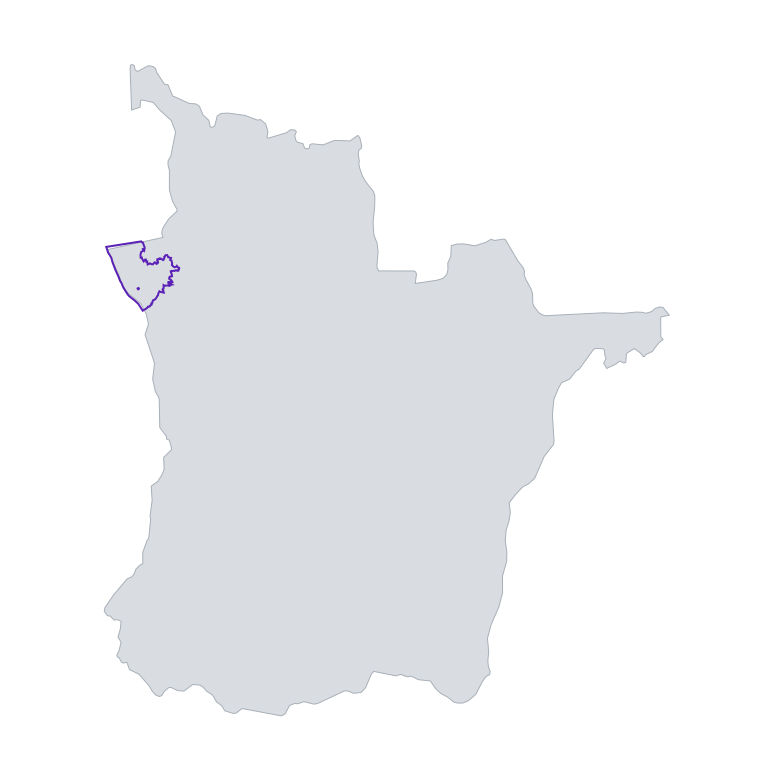 location of Moba, Katanga, Democratic Republic of the Congo, rotated 178°
{"feature_id": "63176286B25314267977171", "entity_name": "Moba", "entity_type": "district", "adm_level": 2, "iso_a3": "COD", "parent_name": "Democratic Republic of the Congo", "parent_adm1": "Katanga", "projection": "natural_earth1", "projection_center": [29.107, -7.404], "detail": "medium", "context": "in_parent", "style": "outline", "palette": "violet", "viewbox_px": 768, "rotation_deg": 178, "n_neighbors": 0, "source": "geoboundaries", "source_scale": "gbopen_adm2", "svg_char_len": 5559}
<svg xmlns="http://www.w3.org/2000/svg" viewBox="0 0 768 768"><g transform="rotate(178 384 384)"><path d="M655.6,528.0L599.8,538.2L600.8,541.8L600.3,545.7L598.9,548.7L593.2,556.7L584.8,564.0L584.8,565.8L589.0,574.0L591.7,585.3L591.0,605.1L592.2,610.4L592.0,614.6L589.1,619.2L583.5,643.1L587.3,654.6L598.3,665.4L604.8,673.4L615.7,676.3L617.4,675.8L618.1,669.2L626.7,666.6L626.7,709.1L626.1,711.5L624.5,712.1L622.4,710.7L621.7,706.6L619.4,704.9L608.9,710.1L606.2,710.0L603.3,709.1L601.1,706.9L600.5,703.7L593.0,691.3L589.4,690.5L585.2,679.3L568.6,671.1L562.2,670.5L558.8,668.0L555.5,659.2L549.9,653.6L548.7,647.3L547.6,646.4L544.2,647.7L541.3,657.6L537.5,660.0L530.7,660.2L513.6,657.3L501.3,652.2L498.1,652.5L493.2,648.0L491.2,640.3L492.3,634.5L491.4,633.6L472.8,638.5L468.3,641.5L464.0,640.8L462.8,639.2L464.6,635.1L463.6,630.7L462.3,628.7L456.7,627.1L455.0,622.4L451.6,621.7L450.5,622.4L449.7,625.6L447.6,626.6L436.5,625.1L424.9,629.2L409.4,628.1L402.1,633.1L401.0,633.0L399.4,630.4L397.9,622.4L398.6,620.2L400.9,618.6L401.7,615.4L400.9,607.0L401.5,605.1L400.7,600.2L398.3,592.6L395.0,586.4L388.0,577.0L386.6,572.6L387.1,562.1L389.3,545.5L388.9,533.1L386.0,525.1L385.3,516.5L387.1,501.0L385.3,497.2L349.9,495.9L348.4,494.8L347.7,492.6L349.3,483.4L327.8,485.8L321.3,487.5L317.4,491.3L316.1,496.0L316.0,502.7L312.8,509.1L311.9,520.0L305.9,521.3L300.0,521.3L288.4,519.0L277.3,522.0L271.8,525.0L268.9,523.6L258.9,524.7L257.6,523.9L245.9,502.4L240.7,495.2L239.7,491.7L240.1,488.4L238.7,483.9L233.3,472.9L232.3,467.8L232.5,459.7L231.8,457.0L227.0,450.1L223.8,447.8L220.2,446.6L162.4,447.5L143.3,446.2L129.4,447.1L122.3,446.5L120.3,445.5L114.0,447.0L110.7,449.9L105.7,451.4L102.5,450.8L96.5,442.8L104.7,441.4L105.2,440.6L105.7,421.5L103.5,418.8L107.9,415.6L114.8,407.1L121.7,404.1L122.6,402.4L124.1,402.5L126.6,406.0L132.5,410.6L139.9,406.6L140.7,405.4L141.6,397.2L143.4,396.5L146.6,398.3L148.3,398.3L151.5,395.9L160.9,391.8L163.7,397.1L161.2,401.8L162.3,405.2L162.6,410.4L164.1,411.6L171.6,412.2L173.7,410.9L188.3,392.1L192.2,389.9L198.3,382.4L206.5,379.1L210.1,373.2L214.8,362.6L216.8,347.5L216.0,321.2L216.7,317.7L226.5,305.9L236.7,284.4L243.6,278.8L248.8,276.5L256.7,268.6L263.1,260.8L262.2,251.3L263.7,243.4L267.1,233.4L268.3,222.8L267.1,211.6L267.6,202.5L272.3,187.9L272.8,171.2L277.0,157.2L285.5,139.4L289.5,126.1L288.7,113.0L289.9,103.4L289.5,97.7L287.9,92.8L288.7,89.7L291.9,88.4L295.9,83.5L303.1,70.6L310.9,64.4L316.2,62.4L321.8,62.6L325.4,63.7L331.3,68.8L338.1,72.8L343.1,77.8L348.0,85.6L360.0,87.3L365.1,90.2L368.3,91.2L369.5,90.5L371.9,90.9L377.6,93.2L382.1,91.9L404.3,97.1L406.8,94.5L413.0,81.1L417.7,76.5L425.3,76.0L431.2,78.6L434.3,78.6L461.6,67.0L465.1,66.5L475.0,69.3L481.5,67.4L484.1,68.0L489.6,66.0L494.2,57.9L498.0,55.9L537.1,64.6L543.1,60.4L545.9,59.9L554.6,63.0L557.3,68.0L562.5,72.2L566.2,79.2L572.0,83.2L575.0,86.9L578.4,89.5L585.5,90.4L594.6,84.1L601.0,84.8L607.4,88.2L609.6,88.1L614.4,84.4L617.0,80.4L619.5,79.5L623.2,81.3L626.3,85.0L629.1,90.3L638.9,102.4L648.3,107.5L650.7,114.9L654.1,114.2L655.9,114.9L658.3,119.6L660.0,120.5L660.4,122.4L658.0,126.9L655.8,135.3L658.7,140.4L656.2,148.0L655.0,155.8L658.1,157.7L662.1,157.6L665.7,161.6L668.5,162.2L671.5,166.6L670.8,170.1L661.5,182.8L647.4,198.3L642.7,200.1L640.3,203.0L638.5,207.5L634.4,211.4L631.3,212.9L631.0,224.1L626.3,235.8L624.5,238.1L621.9,257.0L622.4,260.3L619.8,275.7L620.2,290.1L613.4,294.6L608.7,301.7L606.7,306.6L606.8,318.3L599.1,325.4L598.5,327.1L600.4,335.3L603.2,336.6L603.3,339.4L609.6,348.3L609.2,375.5L609.5,378.2L612.8,384.7L615.0,397.1L612.6,412.8L621.1,441.6L617.3,452.1L619.1,462.2L624.2,472.8L636.2,483.3L639.4,487.6L642.4,493.4L645.2,502.3L655.6,528.0Z" fill="#d9dde1" stroke="#a8b0b8" stroke-width="1"/><path d="M592.6,490.8L594.2,491.8L595.3,491.7L596.1,492.6L595.9,493.4L595.3,493.2L594.5,493.7L593.0,493.4L593.0,493.1L591.9,493.1L592.0,493.7L593.5,495.7L595.1,496.7L594.6,498.5L593.9,498.9L593.3,498.7L592.7,499.3L592.1,499.2L592.3,501.3L593.1,503.2L593.2,504.1L592.2,504.4L591.8,504.2L590.4,504.5L589.4,504.3L588.4,504.9L587.3,504.6L586.8,504.9L586.2,504.3L585.8,504.3L585.4,504.6L584.6,506.9L584.7,507.3L585.7,507.5L586.9,509.2L587.3,508.5L589.2,508.0L590.9,509.1L591.2,509.8L591.8,510.2L591.5,512.4L592.2,514.9L593.3,515.4L592.5,517.4L593.5,517.5L594.4,518.2L595.2,518.2L596.2,520.4L597.7,520.4L598.4,519.7L598.8,518.6L599.2,518.5L599.0,517.9L600.1,515.4L599.9,515.0L601.7,516.6L603.7,516.7L603.4,517.3L604.0,517.4L604.9,516.8L606.2,516.5L606.0,515.6L606.3,515.3L605.7,514.4L606.2,513.5L605.7,513.1L606.2,512.5L606.5,512.7L607.3,512.1L608.0,513.2L609.0,513.6L610.7,511.7L612.3,511.9L613.6,512.7L616.0,511.7L616.2,513.5L616.8,514.0L616.5,514.7L617.4,514.7L617.7,516.7L618.4,516.7L619.9,514.9L621.6,518.1L621.7,518.9L622.8,518.8L622.9,521.5L622.1,524.4L620.1,525.4L620.3,527.3L619.2,527.5L618.8,526.5L618.5,527.7L618.5,529.2L619.4,531.5L619.8,533.3L620.1,533.8L621.2,534.2L621.7,535.0L656.8,530.7L655.1,524.9L652.1,519.7L651.2,515.5L648.4,507.3L645.7,500.8L644.2,496.4L642.8,494.0L641.3,489.8L637.0,482.4L635.8,480.9L630.1,476.0L626.7,472.6L622.6,465.7L619.1,467.6L617.3,469.0L617.2,469.5L615.5,469.6L614.9,470.6L614.1,471.0L613.8,472.2L613.4,472.0L613.3,472.7L612.6,473.3L612.7,473.9L611.7,475.9L610.6,476.1L609.0,477.4L607.3,480.1L606.8,480.4L606.3,482.5L605.2,484.5L604.3,483.9L600.9,483.0L601.3,484.9L602.0,485.9L601.8,486.7L601.0,487.0L600.8,490.5L599.8,489.8L596.4,490.1L595.3,489.5L594.0,490.0L593.5,490.7L592.6,490.8ZM626.9,488.1L626.0,488.5L625.6,487.8L626.0,487.3L626.5,487.2L626.9,488.1Z" fill="none" stroke="#5b21b6" stroke-width="2"/></g></svg>